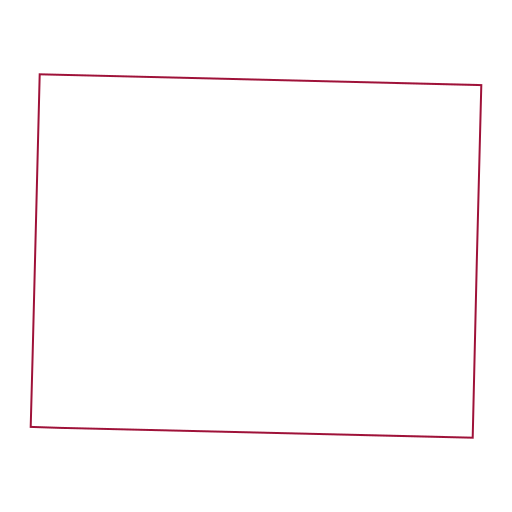 outline of Dade, Missouri, United States of America
{"feature_id": "52423323B68885039178612", "entity_name": "Dade", "entity_type": "district", "adm_level": 2, "iso_a3": "USA", "parent_name": "United States of America", "parent_adm1": "Missouri", "projection": "albers", "projection_center": [-93.847, 37.432], "detail": "fine", "context": "isolated", "style": "outline", "palette": "rose", "viewbox_px": 512, "rotation_deg": 0, "n_neighbors": 0, "source": "geoboundaries", "source_scale": "gbopen_adm2", "svg_char_len": 217}
<svg xmlns="http://www.w3.org/2000/svg" viewBox="0 0 512 512"><path d="M476.8,261.3L481.3,85.1L39.7,74.3L32.6,356.0L30.7,426.9L61.1,427.9L472.7,437.7L476.8,261.3Z" fill="none" stroke="#9f1239" stroke-width="2"/></svg>